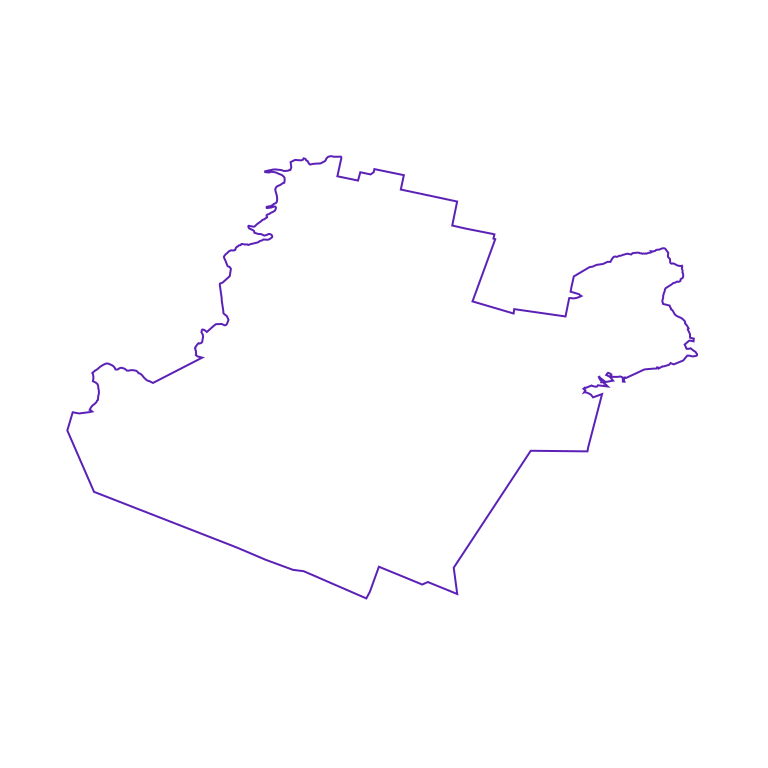 Gómez Farías, Chihuahua, Mexico, rotated 102°
{"feature_id": "50627088B93655982801806", "entity_name": "Gómez Farías", "entity_type": "district", "adm_level": 2, "iso_a3": "MEX", "parent_name": "Mexico", "parent_adm1": "Chihuahua", "projection": "equal_earth", "projection_center": [-107.821, 29.346], "detail": "fine", "context": "isolated", "style": "outline", "palette": "violet", "viewbox_px": 768, "rotation_deg": 102, "n_neighbors": 0, "source": "geoboundaries", "source_scale": "gbopen_adm2", "svg_char_len": 6142}
<svg xmlns="http://www.w3.org/2000/svg" viewBox="0 0 768 768"><g transform="rotate(102 384 384)"><path d="M574.2,268.7L549.2,277.6L418.8,226.6L407.6,171.0L403.0,171.1L348.5,168.6L353.6,176.7L351.4,179.4L350.8,181.4L350.3,183.2L350.2,185.9L350.6,186.5L348.3,185.7L347.2,187.9L345.9,186.8L346.1,186.6L345.8,185.8L342.3,180.6L342.6,179.7L342.7,176.9L342.4,175.4L342.2,175.1L340.8,174.5L339.9,164.6L338.1,167.5L337.9,168.7L336.8,169.0L337.1,171.9L335.8,171.8L334.8,173.6L332.6,175.3L332.2,174.8L332.7,174.6L336.0,167.7L333.1,160.6L330.2,164.2L329.7,165.4L329.0,168.5L327.9,168.1L326.5,167.2L326.6,165.8L327.4,163.6L327.9,163.4L328.7,163.9L329.7,163.0L328.4,156.7L327.5,154.4L328.0,151.8L332.0,150.8L331.7,149.3L330.0,150.5L329.1,150.1L328.2,150.2L327.5,149.7L327.9,148.8L327.8,148.6L321.2,139.7L316.1,133.0L315.4,131.7L312.9,123.5L312.2,120.5L311.0,120.4L310.9,119.1L311.7,118.5L308.9,115.3L309.0,115.1L308.5,113.8L306.0,109.2L303.9,108.0L304.6,104.9L304.3,104.3L298.8,96.2L293.2,93.3L293.1,92.3L292.7,91.1L292.9,89.8L292.8,87.5L291.6,84.5L291.0,83.9L289.9,83.9L287.8,86.0L286.8,88.7L285.3,91.5L286.1,92.8L286.7,95.3L282.9,98.1L278.4,94.7L277.9,93.8L277.9,90.1L275.2,90.4L275.1,94.2L271.6,95.1L267.3,98.3L266.3,97.6L263.8,99.9L262.0,102.2L261.0,102.2L260.1,102.8L258.9,104.5L257.7,106.7L256.8,111.0L256.4,112.3L255.8,113.5L255.1,114.4L253.5,115.7L251.9,117.2L251.4,118.6L251.0,119.0L250.5,118.9L249.4,120.0L247.9,120.9L247.7,127.3L247.5,127.9L247.0,127.9L245.4,128.9L244.0,129.1L241.9,128.8L239.7,129.3L238.0,129.1L237.1,129.2L235.4,128.8L232.9,128.8L231.7,128.4L226.6,123.2L225.3,122.2L223.9,119.7L223.0,118.8L222.8,118.2L222.9,117.3L222.1,116.0L221.4,115.5L219.7,115.6L218.9,114.6L218.0,113.9L216.9,113.7L215.9,113.8L213.6,114.6L212.8,115.3L211.5,115.4L210.6,115.7L208.8,116.8L207.3,116.6L206.4,117.1L206.8,117.8L207.0,118.9L207.1,121.4L206.1,125.0L205.9,126.1L206.5,127.7L206.2,128.8L205.7,129.3L202.4,130.2L200.5,132.7L199.3,133.0L196.6,133.2L193.2,137.0L193.0,138.3L193.2,139.4L194.1,141.0L195.2,142.5L196.2,145.6L197.3,146.3L198.5,148.5L198.6,150.3L199.2,149.7L199.8,150.2L200.3,151.2L200.4,152.0L202.0,154.5L201.9,155.3L202.2,155.8L202.6,158.0L202.9,158.3L202.7,159.1L202.9,160.8L202.6,161.6L202.8,163.4L204.2,167.8L204.7,168.4L205.3,168.6L205.9,169.1L205.9,170.2L206.0,171.1L205.9,173.0L207.9,176.9L209.4,179.3L209.7,180.6L211.1,182.4L211.3,183.3L211.2,184.4L211.6,185.3L212.1,185.9L214.6,187.1L217.5,187.9L218.0,190.7L221.1,194.8L223.3,200.9L225.8,204.3L227.0,207.3L239.3,220.7L250.3,220.8L254.9,220.7L255.6,212.1L255.8,211.5L256.4,210.8L256.9,209.3L259.0,212.1L260.4,215.0L261.0,217.0L261.1,219.2L261.5,220.7L280.2,220.5L283.7,272.2L288.1,271.9L284.8,314.6L219.2,305.3L219.0,307.2L214.7,307.1L214.6,308.8L215.0,336.2L214.8,350.2L190.3,350.4L190.3,408.0L175.6,408.0L175.8,438.1L179.0,438.1L181.8,440.7L181.8,451.2L190.4,451.7L190.5,472.8L172.3,472.7L171.3,472.8L170.6,473.4L172.1,480.1L172.1,482.4L172.5,484.2L173.4,485.9L175.1,487.1L177.2,487.6L178.3,488.1L181.4,491.9L183.2,498.5L184.7,502.0L183.9,503.4L181.9,505.0L181.5,506.5L180.1,507.7L180.0,509.5L181.7,510.1L182.5,511.6L183.3,517.6L186.4,521.5L191.4,519.7L194.1,520.1L194.3,521.0L194.6,521.1L195.3,522.3L196.1,524.6L196.4,526.4L196.1,529.2L196.7,534.9L197.5,537.7L198.1,538.7L199.4,542.0L199.7,542.5L200.7,544.5L201.4,544.3L201.3,542.7L201.0,540.3L200.1,539.2L199.9,538.3L199.6,536.5L199.6,534.4L199.7,532.7L200.1,531.7L200.7,528.0L201.0,526.9L202.0,525.2L202.9,524.2L205.4,523.5L207.9,523.4L208.3,524.4L210.7,526.7L213.0,529.8L213.6,530.2L215.4,530.8L216.3,530.8L218.3,530.0L221.6,528.2L224.4,527.2L225.6,526.9L227.8,526.7L229.0,527.1L229.7,527.5L230.6,529.0L232.4,530.5L233.7,532.1L234.9,535.3L235.4,535.6L236.2,535.3L236.2,534.9L234.8,531.0L233.2,528.3L233.1,527.4L233.3,526.9L233.7,526.5L234.7,526.3L235.8,526.4L237.2,526.8L238.9,528.6L240.1,530.3L241.5,531.6L242.6,533.4L243.2,533.9L244.0,533.8L244.6,533.4L244.8,533.1L245.4,533.0L246.4,534.2L248.0,535.6L248.2,536.2L248.9,537.1L250.7,538.3L252.5,540.1L253.9,541.3L256.9,543.4L257.3,544.6L257.4,549.3L257.7,549.5L258.5,549.3L259.6,548.6L259.9,548.0L260.7,544.4L261.1,543.6L261.6,542.8L263.0,542.2L263.4,537.9L262.9,535.6L263.7,531.9L262.4,529.4L261.2,527.9L261.0,526.9L261.4,525.3L261.9,524.6L262.4,524.2L263.2,523.9L263.7,524.0L265.1,525.1L266.2,526.2L266.9,527.3L267.1,528.0L267.5,530.1L267.6,531.3L267.8,532.1L268.8,533.0L270.1,535.4L270.7,535.7L271.8,537.0L275.4,544.5L276.1,545.3L276.2,545.9L275.9,546.7L276.5,549.2L276.5,551.9L276.8,552.6L278.0,553.1L278.6,554.9L279.9,555.6L280.2,556.3L280.8,556.7L281.3,557.1L282.6,557.3L283.8,557.4L284.0,558.0L284.5,558.4L284.9,559.9L285.0,561.4L286.5,563.3L288.4,564.5L289.9,565.8L292.7,567.1L294.2,566.4L296.5,564.6L301.0,561.7L301.4,561.0L301.6,559.3L303.2,557.7L310.6,557.3L318.4,563.0L319.9,565.3L321.3,565.2L334.1,560.5L335.7,560.2L346.2,556.3L348.1,555.8L348.7,555.0L350.3,551.8L353.6,549.4L357.8,550.1L358.7,550.5L359.6,551.6L359.7,552.2L359.0,555.5L359.4,556.6L360.4,560.8L362.5,562.6L369.9,568.1L368.4,571.2L368.5,573.0L369.2,573.4L371.4,573.3L373.4,571.5L375.3,570.8L380.7,570.6L381.9,571.4L382.5,572.4L382.8,573.0L382.6,573.8L384.0,574.8L387.6,576.3L388.3,576.3L388.7,575.8L389.7,575.7L390.3,575.2L391.1,574.7L392.1,574.6L393.2,574.1L394.8,574.1L395.8,572.1L396.0,567.3L431.0,610.2L430.0,614.0L429.8,616.4L429.3,617.4L427.6,620.2L425.5,622.7L424.7,624.4L424.5,625.2L424.4,626.4L423.5,627.4L422.9,628.3L422.6,629.3L422.6,631.8L423.0,634.1L424.1,636.8L424.3,638.3L423.0,640.8L422.7,643.7L422.9,644.7L423.4,645.8L425.0,647.3L425.4,648.4L425.6,649.7L424.1,650.8L423.0,652.1L422.3,653.6L421.4,657.8L421.7,660.0L423.6,662.6L426.0,665.1L429.3,667.6L431.0,669.4L433.9,671.6L435.1,670.6L437.6,669.7L439.1,669.4L441.8,669.3L442.5,666.4L443.3,664.8L444.1,663.9L445.3,663.2L447.7,662.5L449.3,661.7L452.5,660.9L455.2,661.0L459.0,660.5L459.8,661.2L461.2,661.4L463.1,662.5L465.6,664.6L466.8,665.3L468.3,665.9L470.5,666.5L470.7,665.5L471.6,663.7L472.7,666.1L476.2,676.1L476.4,682.6L495.3,684.1L549.8,645.2L574.6,493.7L580.6,463.0L584.7,434.3L583.8,423.7L597.4,356.7L590.1,354.6L563.8,351.0L572.2,304.9L568.6,300.0L574.2,268.7Z" fill="none" stroke="#5b21b6" stroke-width="2"/></g></svg>